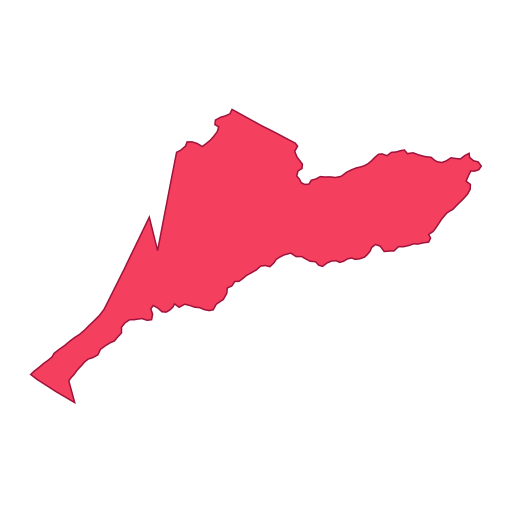 Miguel Pereira, Rio de Janeiro, Brazil
{"feature_id": "56859067B27142515072049", "entity_name": "Miguel Pereira", "entity_type": "district", "adm_level": 2, "iso_a3": "BRA", "parent_name": "Brazil", "parent_adm1": "Rio de Janeiro", "projection": "mercator", "projection_center": [-43.464, -22.53], "detail": "fine", "context": "isolated", "style": "filled", "palette": "rose", "viewbox_px": 512, "rotation_deg": 0, "n_neighbors": 0, "source": "geoboundaries", "source_scale": "gbopen_adm2", "svg_char_len": 2706}
<svg xmlns="http://www.w3.org/2000/svg" viewBox="0 0 512 512"><path d="M470.4,184.4L466.1,181.2L468.5,175.5L470.8,171.0L474.8,171.1L478.8,169.7L481.3,166.1L478.2,161.9L473.4,160.7L469.6,157.3L469.1,153.3L464.7,155.6L460.4,159.0L455.0,158.4L451.0,157.8L446.4,160.8L441.8,162.5L437.1,161.7L434.1,159.9L431.2,157.3L425.1,156.6L418.7,154.9L413.1,152.8L407.4,153.6L404.4,150.0L400.8,150.6L396.5,151.9L391.3,152.4L386.9,155.7L382.1,153.9L378.5,154.3L374.4,157.8L371.1,161.2L367.6,164.0L364.1,165.8L360.4,167.0L356.3,167.9L351.5,169.8L346.6,172.2L341.2,176.3L335.5,177.5L330.2,176.9L324.8,177.0L320.3,176.6L315.9,179.0L311.3,180.2L308.9,184.2L304.7,184.4L301.3,182.8L299.3,179.0L296.7,175.9L298.0,171.0L302.0,168.5L302.4,164.2L299.6,160.4L297.1,157.2L294.7,151.4L297.6,146.2L295.2,143.1L285.8,138.2L280.4,135.3L275.9,132.9L261.2,125.5L232.0,109.4L229.9,113.9L225.0,116.0L220.7,117.2L215.4,120.1L214.9,124.6L218.7,126.9L217.2,131.8L213.6,136.5L210.3,140.2L205.9,143.8L202.3,146.5L197.0,143.4L192.1,141.9L187.1,141.9L185.4,146.2L180.6,150.3L176.6,152.3L171.4,178.8L157.6,250.6L154.3,237.5L149.3,217.1L138.7,239.1L128.7,259.7L124.3,269.0L122.6,272.3L106.0,305.5L103.9,309.6L99.6,315.2L95.5,319.4L92.1,322.7L88.9,325.7L84.9,329.8L79.7,334.3L75.1,337.2L71.0,340.2L64.5,345.6L58.8,349.6L54.1,353.3L52.1,356.9L48.2,360.2L43.5,363.5L39.4,367.1L34.3,371.0L30.7,374.5L36.9,379.3L52.4,389.3L55.6,391.4L74.7,402.6L68.8,380.9L71.1,377.6L73.9,374.7L77.1,370.2L81.5,365.5L85.1,361.5L88.3,359.0L92.9,357.6L97.8,354.9L100.5,349.3L105.6,345.6L110.1,342.8L114.4,341.0L117.5,337.2L121.5,332.9L121.5,327.3L125.0,322.8L129.8,319.7L134.1,319.7L138.4,319.0L142.0,318.6L147.1,320.3L151.6,319.7L152.6,314.1L150.8,308.9L153.2,305.5L157.8,308.0L162.0,311.8L166.2,312.1L169.6,310.2L172.8,307.2L174.5,303.9L179.1,307.3L184.6,304.2L190.3,305.6L194.6,307.2L199.5,307.6L204.2,309.6L209.2,310.6L213.2,309.8L216.2,304.3L219.6,301.9L223.3,299.5L226.8,293.3L227.3,288.0L231.8,286.0L234.8,281.5L239.1,281.3L243.1,278.3L246.5,275.4L252.2,272.3L256.2,270.0L260.6,266.1L265.3,265.5L269.9,266.7L273.8,263.0L276.3,259.3L279.4,257.3L283.8,255.0L290.8,253.1L296.1,256.6L301.8,256.6L305.5,258.8L310.0,261.2L315.7,261.8L318.6,265.1L322.5,266.4L327.0,263.0L331.7,261.0L336.4,260.8L339.7,262.4L343.7,261.2L347.5,258.9L351.7,258.0L355.1,259.3L359.8,258.8L364.6,257.1L367.3,254.6L370.1,251.1L371.7,247.4L375.5,244.5L380.1,246.1L384.2,251.5L389.9,251.0L393.9,251.0L398.5,246.7L403.6,246.7L408.9,245.5L413.7,243.8L417.7,244.1L423.0,242.9L428.6,242.1L430.6,238.1L428.6,234.4L433.1,231.5L435.6,228.2L441.9,218.8L446.6,213.2L449.5,211.2L452.7,209.5L457.5,204.5L463.0,199.2L467.6,194.0L470.2,189.3L470.4,184.4Z" fill="#f43f5e" stroke="#9f1239" stroke-width="1.5"/></svg>